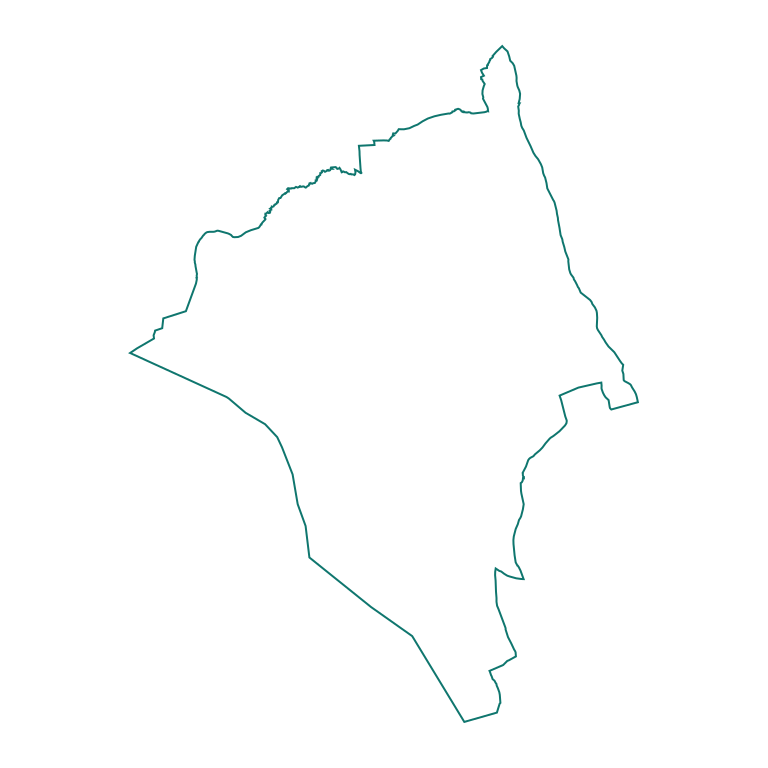 outline of Corbasca, Bacau, Romania
{"feature_id": "2599482B394059638430", "entity_name": "Corbasca", "entity_type": "district", "adm_level": 2, "iso_a3": "ROU", "parent_name": "Romania", "parent_adm1": "Bacau", "projection": "equal_earth", "projection_center": [27.141, 46.291], "detail": "fine", "context": "isolated", "style": "outline", "palette": "teal", "viewbox_px": 768, "rotation_deg": 0, "n_neighbors": 0, "source": "geoboundaries", "source_scale": "gbopen_adm2", "svg_char_len": 6074}
<svg xmlns="http://www.w3.org/2000/svg" viewBox="0 0 768 768"><path d="M282.0,447.3L292.6,474.4L297.7,504.2L305.6,526.0L309.4,557.5L371.0,607.0L412.2,636.1L464.3,721.9L496.9,712.6L499.3,704.8L499.7,703.6L500.4,702.9L499.8,694.9L499.3,692.2L497.9,688.3L496.7,685.6L496.4,683.9L495.7,683.0L494.5,680.7L492.6,679.1L491.6,676.1L491.1,675.3L489.9,671.7L489.5,670.9L503.2,665.0L507.3,660.9L508.7,660.4L515.9,656.4L515.6,652.4L515.2,651.3L514.1,649.5L511.2,643.3L508.0,637.1L505.6,629.5L505.6,628.3L505.3,627.3L498.5,609.1L497.1,605.8L496.5,601.8L496.5,598.0L496.0,591.7L495.6,580.6L495.1,575.2L495.2,571.8L495.7,568.5L499.3,570.9L501.2,571.5L504.2,573.8L507.3,575.7L509.7,576.5L516.2,578.3L521.3,579.0L523.6,579.1L520.5,570.6L518.8,567.2L517.7,565.6L517.4,565.6L515.7,562.4L514.6,555.4L513.5,544.0L513.4,540.1L513.8,536.4L515.7,529.0L517.8,524.2L519.0,520.0L520.4,517.8L521.1,516.3L522.9,509.3L523.7,504.2L521.4,493.6L521.0,490.9L520.7,483.1L521.8,482.3L522.7,480.6L523.0,478.1L523.9,478.3L523.9,476.9L523.2,476.4L522.8,475.1L522.9,473.6L522.6,473.0L526.0,466.5L528.2,460.2L529.2,458.8L530.4,457.8L533.4,456.2L535.0,454.3L539.8,450.3L542.4,447.6L545.5,443.4L549.6,438.7L550.7,437.7L553.4,436.0L559.5,431.2L565.0,425.5L566.4,423.3L566.7,421.5L566.7,420.4L565.3,416.5L561.2,400.3L559.6,395.6L578.4,387.6L596.8,383.4L601.3,382.6L601.6,385.6L601.5,388.2L601.7,389.2L602.9,392.6L604.2,395.2L605.6,397.3L608.6,400.1L609.7,407.1L610.1,408.3L611.3,409.5L637.9,402.2L636.8,397.1L636.0,394.3L634.7,391.6L632.0,387.3L630.9,385.1L630.3,384.4L628.5,383.2L624.5,381.1L623.7,380.1L623.4,374.0L622.3,370.6L623.2,364.8L621.8,363.4L620.0,360.9L614.3,352.2L608.5,346.5L605.6,342.4L604.0,339.6L602.0,336.7L601.5,335.4L597.9,330.0L597.1,328.3L596.8,326.4L597.2,317.8L596.9,312.9L596.5,310.8L594.9,307.4L592.4,304.1L591.6,302.0L590.1,300.0L580.7,292.6L578.9,288.3L577.9,287.0L577.1,285.1L575.1,281.2L573.9,279.4L573.5,277.7L571.0,274.4L570.3,273.0L569.2,269.4L568.3,261.4L568.4,259.4L565.3,251.5L564.3,247.1L562.7,241.8L562.3,239.3L560.6,235.1L559.5,227.9L558.0,220.0L557.9,218.0L557.0,213.9L556.6,210.7L554.6,202.7L554.0,201.2L553.2,200.0L547.3,188.4L546.5,183.1L545.1,177.5L544.1,175.6L543.2,173.2L542.2,167.4L540.9,164.2L538.1,159.2L535.4,155.9L533.4,152.7L530.5,146.0L526.5,137.8L523.8,130.5L522.2,127.9L521.3,125.7L520.7,122.3L519.8,119.0L518.9,114.7L518.7,113.7L518.8,110.6L518.2,106.5L519.1,104.8L519.2,103.9L519.6,103.3L518.6,103.2L519.7,99.0L520.1,93.8L519.3,90.5L517.7,86.9L517.3,85.6L516.5,81.0L516.6,77.8L516.4,75.7L514.2,65.8L512.7,63.2L510.2,60.7L509.2,56.4L507.5,51.4L504.1,48.3L502.2,46.1L496.2,51.9L492.6,56.0L493.0,56.7L491.9,58.0L490.1,59.2L490.1,60.2L489.6,60.8L489.2,62.1L487.9,64.2L487.9,65.0L487.1,65.3L487.0,68.0L483.8,68.5L481.0,70.1L482.0,72.7L483.9,75.7L481.0,77.1L481.2,79.2L482.3,79.5L482.6,80.9L484.7,84.0L483.8,86.2L482.6,90.3L482.4,94.0L483.3,97.3L483.0,98.7L487.4,107.0L487.8,108.6L488.1,111.2L487.5,111.0L486.6,111.6L484.5,112.2L473.5,113.5L471.1,113.3L470.5,112.6L468.8,112.2L467.0,112.5L464.2,112.2L464.1,111.7L463.1,111.4L462.8,112.0L461.6,111.4L460.8,110.2L459.8,109.4L458.1,108.8L455.3,109.7L455.5,110.2L453.9,111.3L452.4,111.5L452.2,112.3L449.8,113.6L448.5,113.5L440.9,114.8L434.4,116.3L427.9,118.5L422.6,121.3L417.6,124.6L414.2,125.9L409.4,128.2L403.9,129.3L398.7,129.2L397.8,130.8L395.4,133.5L393.2,133.4L392.8,134.9L393.7,135.5L392.7,136.0L390.8,137.9L390.5,138.8L389.7,139.3L388.7,140.9L386.9,140.5L383.5,140.4L373.7,140.7L374.2,141.8L374.5,145.0L358.9,145.8L359.5,151.2L359.6,155.1L360.5,168.2L360.8,171.4L361.4,172.9L361.2,173.1L360.6,173.1L358.0,171.2L355.0,169.7L355.5,172.2L355.1,174.3L354.8,174.3L354.3,175.0L353.2,174.4L351.3,174.4L350.8,173.9L349.8,174.2L348.6,173.9L346.2,172.1L345.0,172.3L343.2,171.4L342.6,171.5L342.3,172.1L341.7,172.3L340.5,169.4L339.5,167.9L338.9,168.5L337.3,168.9L336.5,168.1L336.4,167.6L335.6,167.1L331.0,167.5L330.8,168.0L331.9,168.8L330.7,168.8L330.1,170.2L329.4,170.6L328.5,170.7L327.9,170.5L327.9,170.0L327.2,170.1L326.9,170.8L325.6,171.5L325.0,171.8L323.8,170.8L322.8,170.5L321.7,171.2L322.0,172.3L321.0,173.1L320.3,173.1L320.2,175.0L318.7,176.0L318.5,176.9L317.3,176.9L317.2,177.3L316.7,177.3L316.6,178.3L317.2,178.1L317.4,178.3L317.0,178.9L317.1,179.4L316.9,179.7L316.8,180.6L316.2,181.0L316.0,180.5L315.7,180.5L315.8,181.2L314.8,183.0L313.1,183.2L312.4,183.7L310.9,183.5L310.7,183.1L310.3,183.4L309.8,183.2L309.4,183.4L309.4,183.8L309.5,184.0L309.4,184.5L308.9,184.8L308.8,185.5L307.4,186.2L305.8,187.6L305.0,187.3L303.9,186.5L303.1,186.4L301.4,186.8L300.3,186.4L300.3,186.8L299.8,186.9L299.7,186.4L297.8,187.6L296.0,186.9L294.2,188.2L291.6,188.2L291.1,188.3L290.9,188.6L288.1,188.2L287.2,189.1L288.8,190.2L288.8,191.5L287.5,191.5L286.3,192.9L285.7,193.0L285.8,193.3L285.4,193.6L285.2,193.3L282.2,195.3L280.5,198.0L279.2,198.1L278.2,199.9L277.9,202.4L277.3,202.8L276.9,202.6L276.6,203.6L275.7,204.2L275.3,204.2L274.9,204.9L274.2,205.1L273.6,206.4L272.3,206.9L271.9,206.7L271.9,207.1L271.1,207.6L270.9,208.2L270.4,208.5L271.3,208.9L271.3,209.4L270.8,209.3L270.9,209.6L270.6,209.9L270.5,210.3L269.8,210.6L270.2,211.3L270.2,211.8L269.8,212.1L269.9,212.7L268.9,213.1L268.3,212.9L267.7,212.1L266.8,212.9L266.2,213.7L265.4,213.7L265.3,214.6L265.5,215.4L266.0,215.8L264.4,217.5L264.8,218.4L265.4,218.9L265.4,219.4L262.3,222.6L261.8,223.7L261.0,224.3L261.2,224.7L260.7,225.0L259.2,227.2L258.4,227.9L250.9,230.2L245.8,232.3L241.1,235.8L238.1,237.0L234.5,237.2L233.0,237.0L232.0,236.1L231.1,235.0L229.3,234.0L227.9,233.4L218.5,230.8L217.2,230.7L214.8,231.6L213.4,231.8L209.6,231.8L207.3,232.1L206.4,232.5L204.7,233.8L204.1,234.7L203.2,235.5L201.4,238.1L200.2,239.3L199.1,240.9L198.9,241.7L198.4,242.0L196.2,246.8L194.8,255.8L194.5,259.9L194.8,261.2L194.8,262.5L195.4,264.7L195.5,266.1L196.7,272.7L197.0,273.9L196.7,275.5L196.8,277.2L196.5,277.7L196.9,278.0L196.7,278.4L196.8,279.5L196.0,283.5L185.9,311.2L163.3,318.4L162.2,328.2L155.1,330.6L154.8,332.2L153.6,335.3L154.0,338.5L137.1,348.3L130.1,353.0L226.5,397.0L228.8,398.5L245.6,412.8L265.1,424.2L277.2,437.1L282.0,447.3Z" fill="none" stroke="#0f766e" stroke-width="2"/></svg>